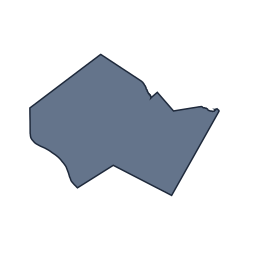 the district of Arauco, La Rioja, Argentina, rotated 319°
{"feature_id": "61730980B43357395590927", "entity_name": "Arauco", "entity_type": "district", "adm_level": 2, "iso_a3": "ARG", "parent_name": "Argentina", "parent_adm1": "La Rioja", "projection": "mercator", "projection_center": [-66.591, -28.559], "detail": "fine", "context": "isolated", "style": "filled", "palette": "slate", "viewbox_px": 256, "rotation_deg": 319, "n_neighbors": 0, "source": "geoboundaries", "source_scale": "gbopen_adm2", "svg_char_len": 2775}
<svg xmlns="http://www.w3.org/2000/svg" viewBox="0 0 256 256"><g transform="rotate(319 128 128)"><path d="M207.7,175.0L207.6,174.8L208.1,174.3L208.1,174.1L208.1,173.9L208.0,173.7L207.9,173.4L207.9,173.2L207.9,172.8L207.9,172.6L207.8,172.4L207.8,172.0L207.7,172.0L207.6,171.9L207.4,171.7L207.1,171.7L206.8,171.5L206.6,171.3L206.4,171.3L206.1,171.2L205.8,171.1L205.7,171.0L205.8,171.4L205.7,171.6L205.7,171.8L205.4,171.8L205.2,171.8L204.9,171.7L204.7,171.7L204.3,171.7L204.2,171.8L204.0,171.7L203.9,171.7L203.7,171.5L203.5,171.4L203.3,171.3L203.2,171.2L202.8,171.1L202.6,170.9L202.6,170.7L202.4,170.5L202.4,170.3L202.4,170.2L202.2,170.0L201.9,169.8L201.5,169.4L201.2,169.2L201.1,168.6L200.7,168.1L200.3,167.5L200.2,167.0L200.3,166.6L200.4,166.2L200.4,165.6L200.1,165.1L200.0,164.3L199.4,164.0L199.3,163.7L199.2,163.1L198.8,162.8L198.4,162.5L198.0,161.9L197.8,160.5L197.4,159.9L195.5,158.7L195.3,158.5L193.3,157.3L189.0,154.6L173.5,145.0L173.5,120.3L166.2,120.3L164.9,120.4L165.2,120.2L165.3,119.9L165.6,119.8L165.8,119.7L165.8,119.4L165.8,119.2L166.1,118.9L166.0,118.7L165.9,118.5L166.0,118.4L166.1,118.0L166.2,117.9L166.4,117.8L166.5,117.6L166.3,117.2L166.1,117.0L166.2,116.9L166.3,116.8L166.3,116.5L166.2,116.4L166.1,116.1L166.3,115.9L166.1,115.7L166.1,115.2L166.3,114.8L166.3,114.6L166.5,114.3L166.6,114.0L166.6,113.8L166.6,113.7L166.6,113.3L166.6,113.1L166.7,112.8L167.0,112.6L167.1,112.3L167.1,112.2L167.2,111.9L167.4,111.6L167.4,111.3L167.4,111.1L167.3,110.8L167.3,110.6L167.4,110.4L167.5,110.2L167.7,109.8L167.8,109.7L168.0,109.3L168.2,109.1L168.2,108.8L168.3,108.5L168.3,108.2L168.4,107.9L168.5,107.7L168.6,107.3L168.6,107.1L168.6,106.6L168.6,106.3L168.7,106.0L168.8,105.8L168.8,105.6L168.9,105.4L168.9,105.1L168.9,104.8L169.0,104.6L168.9,104.3L169.0,103.9L169.0,103.7L169.1,103.4L169.1,103.2L169.0,102.7L168.9,102.5L168.9,102.4L168.9,102.2L168.9,101.9L168.9,101.7L155.7,54.6L155.3,54.5L133.7,53.0L67.1,48.5L62.5,53.9L60.9,55.8L58.5,58.7L50.6,67.9L50.0,68.9L49.3,69.8L48.7,70.8L48.2,71.9L48.0,73.0L47.9,74.2L47.9,75.3L47.9,76.5L47.9,77.6L48.1,78.8L48.4,79.9L48.8,81.0L49.2,82.1L49.6,83.2L50.0,84.2L50.5,85.3L51.0,86.3L51.5,87.4L52.0,88.4L52.4,89.5L52.8,90.6L53.2,91.7L53.6,92.8L53.9,93.9L54.2,95.0L54.4,96.1L54.7,97.3L55.0,98.4L55.3,99.5L55.6,100.6L55.8,101.7L56.0,102.9L56.2,104.0L56.3,105.2L56.4,106.3L56.4,107.5L56.4,108.7L56.3,109.8L56.3,111.0L56.3,112.1L56.2,113.3L56.1,114.4L56.0,115.6L55.8,116.7L55.4,117.8L55.0,118.9L54.6,120.0L54.2,121.1L53.8,122.2L53.4,123.2L52.9,124.3L52.4,125.4L51.9,126.4L51.6,127.5L51.2,128.6L50.7,129.7L50.4,130.8L50.3,131.9L50.3,133.1L50.3,134.3L50.3,135.4L50.4,136.6L50.5,137.7L50.5,138.9L50.6,140.0L92.4,146.5L116.7,207.5L206.7,175.4L206.9,175.3L207.6,175.1L207.7,175.0Z" fill="#64748b" stroke="#1e293b" stroke-width="1.5"/></g></svg>